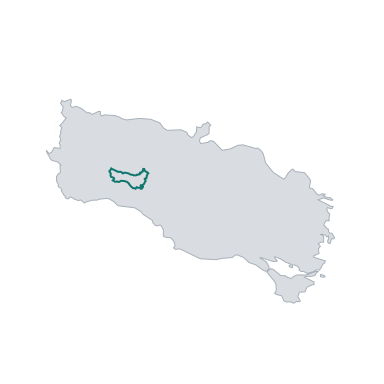 Erzincan highlighted on a map of Turkey, rotated 200°
{"feature_id": "TUR-2300", "entity_name": "Erzincan", "entity_type": "Province", "adm_level": 1, "iso_a3": "TUR", "parent_name": "Turkey", "parent_adm1": "", "projection": "albers", "projection_center": [39.186, 39.548], "detail": "fine", "context": "in_parent", "style": "outline", "palette": "teal", "viewbox_px": 384, "rotation_deg": 200, "n_neighbors": 0, "source": "natural_earth", "source_scale": "10m", "svg_char_len": 5364}
<svg xmlns="http://www.w3.org/2000/svg" viewBox="0 0 384 384"><g transform="rotate(200 192 192)"><path d="M289.2,144.8L294.1,146.5L295.7,145.1L300.2,145.1L304.2,146.0L306.3,143.0L309.1,143.2L309.7,144.7L311.1,145.1L315.4,148.7L314.9,149.2L316.0,150.5L319.6,151.3L320.0,153.1L322.9,155.8L324.6,160.1L323.9,163.2L322.4,165.2L325.0,171.7L324.3,172.5L328.8,174.4L334.3,173.8L336.2,174.6L341.8,179.5L343.3,181.4L339.4,179.2L337.5,181.4L336.7,186.6L330.8,187.8L331.9,191.1L333.6,192.5L333.2,195.7L333.7,196.9L335.5,198.9L335.4,201.7L336.2,204.7L336.4,208.2L339.0,209.2L338.0,210.9L335.6,218.3L335.8,218.8L337.7,218.9L342.1,222.0L341.4,223.2L342.1,227.8L346.0,230.6L345.5,232.1L345.7,233.7L343.0,233.1L337.8,237.6L337.2,237.5L336.4,236.1L336.0,232.0L334.7,231.0L333.0,230.8L330.2,232.9L327.5,232.9L324.8,232.7L317.7,230.5L315.1,231.5L312.4,230.6L307.3,235.8L305.7,236.3L304.8,233.8L303.0,232.5L300.7,234.5L291.7,237.2L287.5,237.7L282.4,237.0L278.2,237.3L266.7,243.1L255.7,246.2L245.8,245.9L240.5,242.3L236.3,241.5L223.5,246.7L217.3,246.3L215.3,244.1L210.6,243.0L209.5,245.1L208.4,250.2L209.9,254.9L207.2,255.1L205.4,256.0L204.9,259.5L202.4,260.8L201.5,263.0L201.0,263.0L197.1,261.1L198.3,259.4L196.0,252.8L197.3,250.9L202.6,245.8L202.6,242.7L200.5,240.5L193.9,244.1L193.2,245.6L191.7,246.7L189.2,247.0L177.9,241.5L170.9,245.5L164.8,251.6L160.3,253.7L147.3,254.7L144.9,255.8L140.6,254.1L138.1,252.2L132.7,244.4L122.0,238.0L110.3,235.5L109.2,236.9L108.2,242.5L105.8,247.6L104.8,248.0L102.3,246.5L92.9,248.6L85.5,244.3L84.3,242.7L83.2,236.3L82.1,235.8L80.8,236.5L79.5,236.3L74.3,233.0L71.3,232.4L69.2,234.8L66.1,235.5L66.1,234.8L67.5,233.3L62.8,233.0L60.2,233.9L56.9,232.7L57.3,232.1L60.1,231.6L66.4,231.4L70.8,227.8L56.0,226.1L54.5,226.8L54.6,224.7L55.5,223.8L59.5,223.6L59.5,221.8L57.4,219.6L54.9,218.2L54.3,213.6L53.2,212.3L53.4,211.7L55.9,211.3L56.9,208.1L56.8,206.1L52.3,203.7L51.2,203.7L50.3,201.8L48.4,200.3L46.7,201.1L42.3,197.8L43.4,196.0L44.6,196.2L45.0,194.7L44.5,192.1L44.7,190.8L45.8,190.6L47.0,191.0L47.9,192.7L47.7,195.6L48.7,197.4L49.8,195.9L51.8,197.1L55.8,196.7L56.6,196.1L53.8,195.8L52.9,195.0L51.2,189.9L53.8,188.9L55.8,186.8L52.8,184.8L53.8,181.7L51.6,177.7L55.9,173.6L55.8,172.9L54.7,172.4L43.0,172.8L43.1,170.7L44.3,169.0L44.8,164.5L45.7,162.1L47.9,161.7L50.9,158.5L55.7,154.9L60.0,155.6L61.9,154.7L64.4,155.0L65.0,156.7L67.1,158.2L71.1,158.5L73.1,157.6L71.5,155.3L73.9,155.0L75.6,155.7L74.4,157.8L74.9,158.1L80.1,158.1L85.4,159.3L91.4,159.7L92.3,159.0L88.3,156.3L91.2,154.6L92.8,154.4L105.4,153.9L105.5,153.4L98.0,151.6L94.4,148.5L93.5,146.9L94.6,143.5L95.6,142.7L98.3,142.8L107.5,145.4L114.2,145.2L121.3,148.2L128.3,148.3L129.8,147.4L131.8,144.2L142.1,139.4L145.8,136.8L161.3,132.1L184.0,134.4L188.1,132.4L190.3,133.2L189.6,134.7L189.7,136.1L192.3,139.6L196.3,141.7L202.0,140.3L204.0,141.0L205.8,146.4L209.2,149.7L210.9,150.0L213.1,148.2L215.1,148.0L218.4,149.9L219.6,151.8L230.5,154.3L232.8,155.9L240.2,157.6L256.6,153.8L262.7,156.4L267.7,157.2L269.9,156.8L276.5,153.6L278.5,151.9L282.6,150.3L287.7,146.8L289.2,144.8ZM79.8,125.1L79.1,127.4L79.8,130.1L81.6,134.0L83.7,136.1L94.2,142.3L92.1,146.8L89.2,147.1L80.0,143.8L75.9,145.2L73.2,144.4L69.2,144.7L67.8,147.3L64.7,150.1L56.5,153.0L48.4,159.7L46.3,160.4L47.6,157.9L47.8,155.6L51.2,153.4L55.8,151.9L57.2,150.4L46.4,149.1L45.7,146.6L46.8,146.3L50.9,142.6L51.5,140.9L51.8,136.7L56.3,134.9L56.8,134.0L56.7,129.8L53.0,126.8L53.3,125.7L56.3,125.0L58.3,122.3L62.5,122.4L64.6,121.2L68.3,121.0L72.3,125.2L77.8,124.5L79.8,125.1ZM42.8,158.6L39.1,158.7L38.0,157.9L39.4,156.9L42.3,156.4L43.0,157.8L42.8,158.6Z" fill="#d9dde1" stroke="#a8b0b8" stroke-width="1"/><path d="M245.7,177.6L246.0,176.8L246.1,175.8L246.8,175.8L248.2,175.7L248.8,175.4L249.3,175.7L249.7,175.9L250.2,176.0L250.7,176.1L252.4,177.1L253.0,177.4L253.6,177.8L253.9,178.1L254.1,178.4L255.1,178.7L256.1,179.2L257.0,179.3L258.0,179.2L258.9,179.2L259.8,179.1L260.7,178.7L262.5,178.3L263.2,177.5L263.8,176.6L264.6,176.3L265.5,176.3L266.3,176.2L267.0,175.6L267.7,175.3L270.4,175.8L269.9,177.0L269.8,178.2L270.6,178.6L273.4,178.6L274.4,180.0L274.4,180.6L274.5,181.2L274.7,181.6L275.0,181.9L275.6,182.4L276.3,182.7L276.8,183.3L276.5,184.1L276.0,185.2L275.9,186.5L274.9,186.2L273.6,186.2L272.3,186.0L269.9,185.9L269.5,185.7L268.9,185.5L268.7,185.6L268.2,185.8L267.6,186.0L267.3,186.1L265.8,186.6L264.5,186.3L263.6,185.8L263.0,186.0L262.3,187.0L261.2,187.3L258.7,187.7L257.5,187.7L256.2,187.4L255.0,187.4L254.4,187.7L253.7,187.9L252.8,187.7L252.0,187.9L250.4,188.5L250.0,188.8L249.7,189.4L249.3,189.6L248.8,189.6L248.6,189.9L248.4,190.3L248.2,190.4L247.2,190.7L247.0,191.4L247.2,192.0L247.4,192.4L247.0,192.7L246.5,192.8L246.1,193.0L245.9,194.2L245.5,194.4L245.3,194.5L245.3,195.0L245.3,195.5L245.5,195.6L245.7,197.0L245.2,197.1L244.8,197.3L243.8,196.1L243.1,195.6L242.3,195.3L240.8,195.3L239.5,194.6L239.9,194.0L240.0,193.3L240.0,193.0L239.9,192.7L239.9,192.3L240.0,191.9L239.9,191.3L239.7,190.7L239.7,190.0L239.6,189.6L239.6,189.4L239.8,189.4L239.9,189.2L240.1,189.0L240.2,188.9L240.8,188.5L241.0,188.2L240.6,187.7L240.1,187.3L239.5,186.8L239.3,186.0L239.7,185.2L239.9,183.1L240.7,182.0L241.1,181.3L241.7,181.0L242.0,181.0L242.3,181.0L242.5,180.4L242.2,180.0L241.0,180.3L239.9,180.3L239.8,179.6L240.4,177.9L241.1,177.5L241.9,178.1L242.6,178.2L243.4,177.7L244.2,177.5L244.9,177.6L245.7,177.6Z" fill="none" stroke="#0f766e" stroke-width="2"/></g></svg>